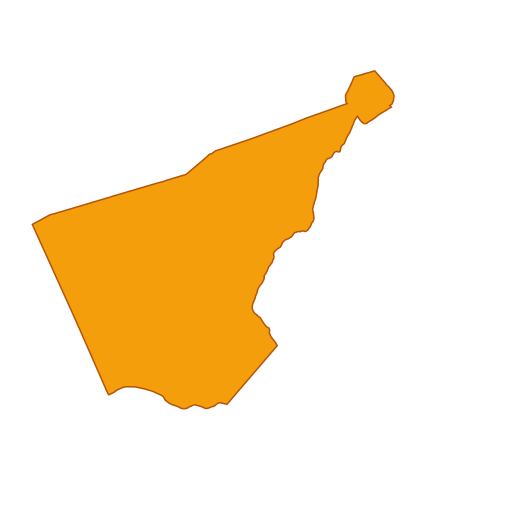 outline of Wajir East, North-Eastern, Kenya, rotated 156°
{"feature_id": "3690345B87307909258611", "entity_name": "Wajir East", "entity_type": "district", "adm_level": 2, "iso_a3": "KEN", "parent_name": "Kenya", "parent_adm1": "North-Eastern", "projection": "albers", "projection_center": [40.38, 2.006], "detail": "fine", "context": "isolated", "style": "filled", "palette": "amber", "viewbox_px": 512, "rotation_deg": 156, "n_neighbors": 0, "source": "geoboundaries", "source_scale": "gbopen_adm2", "svg_char_len": 6119}
<svg xmlns="http://www.w3.org/2000/svg" viewBox="0 0 512 512"><g transform="rotate(156 256 256)"><path d="M66.9,342.4L66.5,343.5L65.1,345.5L64.6,346.7L64.5,349.5L64.5,351.1L64.8,352.9L65.9,356.4L67.4,360.0L67.3,360.8L69.4,367.6L71.3,373.8L72.2,376.8L73.8,377.1L77.0,377.5L79.3,377.8L81.0,378.2L86.9,378.8L90.4,379.4L91.9,379.7L93.4,379.6L94.2,379.2L96.3,377.1L102.2,371.9L103.2,371.0L104.6,369.8L107.5,367.6L108.6,366.7L109.1,366.0L110.0,363.4L110.7,361.7L111.1,360.4L111.1,359.0L110.8,358.2L112.5,358.3L116.7,358.7L122.5,359.1L127.1,359.4L136.0,360.1L140.3,360.4L143.3,360.7L146.5,360.9L150.8,361.3L153.6,361.5L159.0,361.7L163.8,361.9L167.0,362.0L170.0,362.1L173.1,362.3L175.5,362.5L181.5,362.9L187.1,363.3L192.0,363.6L198.7,364.1L203.4,364.4L210.9,364.9L214.7,365.2L218.2,365.5L221.5,365.8L223.3,366.0L226.8,366.3L236.1,367.2L240.4,367.6L243.1,367.8L246.0,368.1L247.7,368.3L250.3,368.5L251.6,368.2L253.0,367.9L255.1,367.5L256.2,367.8L258.1,367.7L259.6,367.0L260.4,366.7L264.9,365.3L276.3,362.0L286.5,359.0L287.8,359.0L292.4,359.7L305.7,361.4L310.5,361.8L316.2,362.7L329.4,364.5L363.3,369.0L363.9,369.0L423.3,376.7L425.4,377.1L426.9,377.3L428.2,377.4L433.1,377.0L438.4,376.5L443.6,376.2L447.5,375.8L446.9,280.2L446.9,258.1L447.3,190.4L446.8,189.1L444.2,189.1L441.3,189.2L439.7,189.6L436.8,190.1L431.2,190.1L428.5,189.6L425.4,188.3L419.5,185.5L411.7,179.8L410.1,178.4L405.5,174.5L398.9,167.0L397.9,165.1L397.8,163.7L397.5,161.4L397.1,160.3L395.0,156.6L392.7,153.8L391.0,152.5L388.5,150.0L386.9,148.0L385.6,146.7L383.9,145.8L381.9,145.1L380.2,145.0L378.6,145.3L373.3,145.3L372.1,144.7L370.6,143.6L367.1,140.5L364.6,137.7L363.0,136.7L361.4,136.4L359.0,136.3L357.6,136.3L355.8,135.8L354.5,136.0L353.4,136.4L352.0,136.8L350.0,137.0L348.8,136.7L345.5,134.4L342.9,132.3L273.0,165.5L273.0,165.8L273.3,167.5L273.3,168.8L274.0,171.5L274.3,172.6L274.7,173.8L274.7,174.4L275.0,175.1L275.1,176.0L275.1,177.4L275.1,180.4L274.8,180.9L273.7,182.7L273.6,183.0L273.5,183.7L273.5,185.0L274.2,185.8L275.0,186.8L275.4,187.7L275.7,188.5L275.8,189.3L276.2,190.8L276.5,192.9L276.9,195.2L276.9,195.9L277.1,196.4L277.1,197.8L277.5,198.3L277.7,198.8L278.3,199.5L278.9,200.9L279.1,201.9L279.8,203.0L280.5,204.4L280.7,205.0L280.9,205.9L280.9,206.7L281.0,207.9L280.7,209.5L280.5,210.2L280.0,211.2L279.3,212.3L278.2,213.9L275.7,216.2L275.1,216.7L273.8,218.0L273.4,218.5L273.2,219.1L272.6,219.6L271.4,220.7L270.4,221.7L269.3,223.0L268.3,224.3L267.7,224.9L267.2,225.4L266.5,226.0L265.8,226.5L264.2,227.4L263.3,227.9L262.4,228.4L261.6,228.8L260.7,229.4L260.0,230.1L258.7,231.0L257.9,232.0L257.5,232.5L257.1,233.3L256.9,233.9L256.7,234.3L256.6,234.7L256.2,235.0L255.8,235.2L255.3,235.3L254.8,235.6L254.3,235.9L253.9,236.2L251.2,238.5L249.7,240.0L248.8,240.8L247.9,241.4L247.3,241.7L247.0,241.8L246.6,241.9L246.3,242.2L245.1,242.9L244.6,243.1L244.2,243.3L243.8,243.6L243.5,244.0L242.1,245.6L241.8,245.7L241.5,245.9L241.1,246.2L240.7,246.7L240.3,247.4L240.1,247.8L239.8,248.4L239.3,250.1L239.1,250.6L238.8,251.2L238.4,251.7L238.0,252.0L237.3,252.4L234.3,253.6L233.9,253.7L233.5,253.7L231.9,254.0L230.9,254.1L230.3,254.3L230.0,254.3L229.6,254.6L229.4,254.8L228.8,255.1L228.3,255.7L227.5,256.3L226.7,257.1L226.3,257.7L225.2,258.0L224.3,258.4L223.8,258.6L223.3,258.7L222.7,258.7L222.3,258.8L221.8,258.8L221.0,258.8L220.2,258.7L219.7,258.6L218.5,258.6L218.1,258.8L217.6,258.9L217.1,259.0L216.7,259.1L216.3,259.1L216.0,259.1L215.5,259.2L214.8,259.7L214.4,259.8L213.9,260.2L212.6,260.9L211.9,261.1L211.7,261.4L211.4,261.6L211.0,261.6L210.2,261.4L209.9,261.3L209.3,261.3L208.5,261.4L208.1,261.3L207.6,261.3L207.1,261.0L206.6,260.7L206.3,260.5L205.9,260.2L205.4,260.2L204.8,260.3L203.8,260.2L203.4,259.9L203.0,259.8L202.3,259.3L201.7,258.8L201.5,258.6L201.1,258.4L200.8,258.3L199.2,258.4L198.8,258.4L197.8,258.8L197.2,259.2L196.1,259.9L194.0,261.1L193.6,261.6L193.2,261.9L192.9,262.2L192.6,262.6L192.2,263.0L191.8,263.3L190.7,263.9L190.4,264.1L190.0,264.3L188.9,265.3L188.6,265.6L188.3,265.9L187.9,266.7L187.5,267.2L186.8,269.8L186.3,271.4L186.0,272.2L185.8,272.7L185.8,273.0L185.7,274.6L185.5,275.0L185.2,275.6L184.7,276.3L184.2,276.9L184.0,277.3L183.7,277.8L183.4,278.1L183.2,278.5L183.0,278.8L182.8,279.1L181.8,280.0L181.3,280.5L181.1,280.9L181.0,281.2L180.7,281.6L180.3,282.0L179.6,282.6L179.3,282.9L179.1,283.2L178.7,283.6L178.3,284.0L177.9,284.5L177.6,284.8L177.5,285.1L177.2,285.5L177.0,285.9L176.1,287.0L175.9,287.3L175.6,287.9L174.8,289.1L174.7,289.4L174.4,289.7L174.2,290.1L173.9,290.4L173.8,290.8L171.4,293.9L171.0,294.7L170.4,295.5L170.0,296.1L169.9,296.5L169.7,296.9L169.6,297.3L169.4,297.8L169.3,298.2L169.0,298.7L168.6,299.3L168.2,300.0L167.7,301.1L167.6,301.6L167.3,302.2L166.8,302.8L166.2,303.4L166.0,303.8L165.7,304.2L164.8,305.0L164.2,305.5L162.8,306.5L159.7,308.5L159.2,308.9L159.0,309.3L158.8,309.7L158.6,310.3L158.3,310.8L156.6,312.5L156.2,312.8L155.6,313.2L155.2,313.3L154.9,313.4L154.5,313.7L154.2,313.9L153.8,314.3L153.4,314.6L153.0,314.9L152.5,315.3L151.6,315.7L151.1,315.8L150.6,315.6L149.9,315.6L148.7,315.5L148.3,315.5L147.9,315.6L147.6,315.6L147.1,315.7L146.6,315.8L146.2,316.0L145.7,316.3L144.9,317.0L143.7,317.9L143.2,318.3L142.8,318.6L142.3,318.7L141.8,318.9L140.4,318.8L140.0,318.7L139.6,318.6L138.3,317.5L137.8,317.3L137.5,317.2L137.1,317.3L136.7,317.4L136.3,317.9L136.0,318.2L134.4,320.6L134.0,321.0L133.6,321.3L133.2,321.6L132.6,321.9L132.1,322.1L131.5,322.3L131.2,322.4L130.9,322.4L130.5,322.5L130.2,322.6L129.4,323.0L127.1,325.2L126.4,325.9L125.2,327.0L123.6,328.3L121.6,329.7L120.4,330.5L119.8,330.9L119.1,331.7L118.6,332.2L117.7,333.1L117.4,333.2L116.9,333.6L116.6,333.9L116.1,334.5L115.8,334.9L113.9,336.6L112.2,338.3L110.9,339.6L110.6,339.9L110.3,340.0L109.1,340.8L108.5,341.2L107.9,341.6L107.6,341.7L106.6,342.5L106.2,341.1L106.0,339.6L105.8,338.3L105.4,336.9L105.0,335.6L104.6,334.9L103.7,333.5L103.5,333.2L103.2,332.9L102.8,332.7L102.2,332.4L101.4,332.1L100.2,332.3L99.7,332.4L99.1,332.7L98.8,332.7L97.8,332.9L96.7,333.0L95.4,333.1L92.3,333.6L89.2,334.4L86.6,335.1L71.8,337.0L72.2,338.2L72.4,338.5L72.6,339.1L70.5,339.3L69.6,339.8L68.2,341.2L66.9,342.4Z" fill="#f59e0b" stroke="#b45309" stroke-width="1.5"/></g></svg>